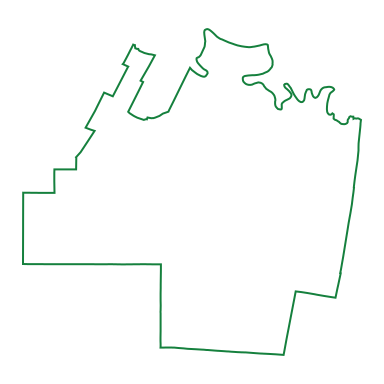 Albesti, Ialomita, Romania
{"feature_id": "2599482B37276216351918", "entity_name": "Albesti", "entity_type": "district", "adm_level": 2, "iso_a3": "ROU", "parent_name": "Romania", "parent_adm1": "Ialomita", "projection": "natural_earth1", "projection_center": [27.12, 44.529], "detail": "fine", "context": "isolated", "style": "outline", "palette": "green", "viewbox_px": 384, "rotation_deg": 0, "n_neighbors": 0, "source": "geoboundaries", "source_scale": "gbopen_adm2", "svg_char_len": 5421}
<svg xmlns="http://www.w3.org/2000/svg" viewBox="0 0 384 384"><path d="M335.5,297.7L337.5,288.1L338.1,285.5L340.7,273.3L340.2,273.2L341.0,269.3L341.9,264.1L343.2,256.7L347.3,231.4L348.6,223.2L349.3,219.3L350.4,213.3L351.4,207.3L351.9,204.3L352.7,197.6L353.4,192.6L354.0,187.6L353.8,187.5L354.5,181.4L355.3,175.3L356.4,167.9L357.5,160.6L358.5,150.5L358.5,147.1L358.6,143.3L360.0,129.9L360.3,127.0L360.5,124.5L360.5,123.6L360.6,122.8L360.7,121.8L361.0,119.9L360.6,119.6L360.1,119.4L359.2,118.8L358.2,118.4L357.3,118.4L356.2,118.6L355.0,118.3L354.4,118.3L353.5,118.8L353.3,116.7L352.4,116.7L351.7,116.6L351.2,116.5L350.8,116.4L350.5,116.3L350.4,116.4L349.9,116.6L349.3,117.1L349.1,117.7L348.9,118.3L348.1,119.3L347.8,119.8L347.7,120.4L347.7,121.2L347.7,122.0L347.4,122.6L347.2,123.0L346.5,123.5L345.4,124.0L344.2,124.2L341.9,124.0L341.0,123.7L340.1,123.0L339.3,122.2L339.1,121.9L338.5,121.6L338.0,121.3L336.4,120.2L335.5,120.0L334.7,119.6L333.6,118.6L333.8,114.7L333.7,114.3L332.4,113.4L332.2,113.7L330.8,114.7L329.2,114.6L327.9,113.4L327.2,111.9L326.9,109.2L327.0,106.5L327.3,103.3L327.9,100.4L329.5,94.5L330.6,92.8L332.8,91.2L333.8,90.2L334.2,89.6L333.8,88.7L332.7,87.7L331.3,87.1L330.2,86.9L329.1,86.8L327.8,86.9L326.0,87.2L324.8,87.3L323.7,87.6L322.6,88.2L321.5,89.2L320.7,90.2L320.2,91.2L318.8,94.7L318.2,95.7L317.5,96.6L316.6,97.4L315.2,97.9L313.8,97.1L313.0,96.1L312.5,94.9L311.8,93.0L311.5,91.2L311.2,90.2L310.7,89.6L310.0,89.3L308.8,89.2L307.6,89.4L306.8,89.9L306.5,90.7L305.8,92.2L305.1,94.2L304.7,97.0L304.6,98.0L304.4,99.1L304.1,100.3L303.5,101.0L303.0,101.6L302.3,102.0L301.6,102.1L300.7,102.0L299.2,101.2L298.2,100.3L297.3,99.3L295.1,96.2L294.1,94.6L293.3,93.1L291.6,89.7L290.7,87.9L289.8,86.8L288.7,85.2L287.5,83.9L286.5,83.7L285.0,84.0L284.2,84.8L284.3,85.9L284.8,87.0L285.6,88.0L287.0,89.1L289.1,91.1L290.7,93.1L291.4,94.4L291.4,95.7L291.0,96.7L289.9,98.2L289.3,98.6L287.2,99.7L285.7,100.4L284.5,101.1L282.3,103.0L281.7,104.2L281.8,108.1L281.6,109.0L280.9,109.5L279.9,109.4L278.0,109.0L277.0,108.0L275.9,106.7L275.4,105.6L275.1,103.9L275.1,101.7L275.4,100.3L275.3,98.9L275.0,97.8L274.6,96.3L274.1,95.2L273.0,93.7L272.1,92.7L270.8,91.7L269.3,90.9L266.1,88.7L265.4,87.7L264.2,86.3L263.6,85.1L262.8,84.1L261.9,83.4L260.7,82.8L258.4,82.4L254.5,83.5L252.1,84.6L250.4,84.9L248.9,84.9L247.2,84.5L246.0,84.0L244.8,83.1L243.4,81.6L243.0,80.5L242.8,79.1L242.8,77.9L243.2,77.0L244.0,76.4L244.9,76.0L248.2,75.5L252.4,75.2L254.3,75.2L256.7,75.0L258.7,74.7L262.9,73.7L264.7,72.8L267.3,71.7L268.5,70.9L270.3,69.0L270.7,68.3L271.4,67.7L271.8,67.1L272.0,66.5L272.3,65.7L272.6,64.6L272.5,63.7L272.6,62.7L272.6,61.8L272.5,60.4L271.9,58.6L270.7,56.0L269.7,54.4L269.0,52.8L268.2,48.8L267.9,45.7L267.8,45.0L267.2,44.5L266.3,44.3L265.4,44.2L263.7,44.4L261.7,44.9L259.7,45.5L254.4,46.6L252.7,46.8L250.8,47.1L249.0,47.2L245.1,46.8L241.7,46.3L237.5,45.4L234.4,44.4L233.1,43.9L230.1,42.9L228.7,42.4L224.6,40.6L222.2,39.5L220.4,38.9L219.2,38.2L217.0,36.7L214.0,33.7L212.6,32.4L211.1,31.1L209.4,29.8L207.7,29.1L206.6,29.2L205.6,29.6L204.8,30.1L204.4,31.0L204.2,32.4L204.4,35.0L205.3,41.3L205.0,43.0L204.9,44.6L204.6,46.6L204.0,48.0L203.3,49.5L201.6,53.2L200.6,55.3L199.7,56.3L198.7,57.2L197.7,57.5L196.7,58.1L196.5,58.9L196.6,60.0L197.0,61.4L197.4,62.2L198.0,63.1L199.1,64.4L199.8,65.2L201.5,67.0L202.9,68.4L204.2,69.4L205.8,70.2L206.6,70.8L207.3,71.6L207.5,72.2L207.6,73.3L207.1,74.2L206.5,75.0L205.8,76.0L204.6,76.7L203.3,76.7L201.0,76.0L197.3,74.1L195.5,72.8L191.9,70.0L190.0,67.8L189.4,69.0L188.6,70.6L185.7,76.4L173.3,101.7L169.1,110.1L168.4,111.7L162.9,113.6L159.5,115.9L155.2,117.6L153.5,118.1L151.2,118.2L147.5,117.5L146.9,119.3L146.3,119.1L143.8,119.9L137.3,117.7L134.7,116.4L133.6,115.8L129.6,113.2L128.2,111.8L138.7,90.9L143.1,82.0L140.6,80.7L149.0,66.2L154.9,55.3L151.3,54.4L149.0,54.2L144.4,53.0L141.5,51.7L140.2,51.2L139.0,50.4L138.2,49.1L138.2,48.9L136.5,48.8L136.1,48.5L135.3,48.3L135.2,47.6L135.0,46.7L134.9,46.0L134.9,45.2L134.6,45.2L133.6,44.7L133.2,44.6L133.0,45.2L132.6,45.9L132.1,46.8L131.2,48.7L130.8,49.3L128.2,54.5L126.0,58.7L123.4,63.5L122.8,64.1L123.0,64.2L128.2,66.6L128.0,66.9L116.9,88.4L112.8,96.3L104.1,92.6L96.8,107.3L95.1,110.8L85.6,127.7L90.3,129.5L94.6,130.9L87.6,141.6L80.6,152.2L76.0,157.3L76.3,157.7L76.1,169.4L54.4,169.4L54.3,173.0L54.3,181.5L54.5,192.9L44.6,192.9L23.2,192.7L23.1,223.4L23.1,229.9L23.0,264.0L27.1,264.1L32.2,264.1L39.4,264.1L45.5,264.2L49.8,264.2L51.7,264.2L54.7,264.2L61.7,264.2L74.7,264.2L82.8,264.2L91.0,264.2L101.0,264.3L111.1,264.2L116.7,264.3L122.5,264.4L132.5,264.3L143.8,264.2L151.5,264.3L160.9,264.3L160.9,269.8L160.8,277.1L160.7,284.3L160.7,287.9L160.6,293.2L160.6,300.9L160.7,305.5L160.6,310.5L160.5,311.9L160.6,313.4L160.6,317.5L160.6,322.2L160.6,324.0L160.6,331.0L160.5,337.9L160.5,339.2L160.5,341.1L160.6,344.0L160.6,346.1L160.6,346.3L160.5,347.6L162.7,347.6L168.1,347.5L174.3,347.6L178.4,348.0L183.8,348.4L187.4,348.8L191.2,349.0L195.1,349.2L201.7,349.6L203.7,349.7L206.8,350.0L207.0,350.0L207.7,350.0L213.9,350.5L217.7,350.8L218.1,350.8L222.7,351.1L224.1,351.2L226.7,351.4L229.0,351.5L231.0,351.7L234.3,351.9L237.1,352.1L241.2,352.3L242.2,352.3L244.1,352.4L245.3,352.4L246.9,352.5L250.7,352.8L258.6,353.4L260.2,353.5L268.5,353.9L275.6,354.3L283.6,354.9L284.3,351.3L286.6,338.7L288.6,328.4L291.9,311.2L294.3,298.8L295.7,291.4L301.5,292.1L307.3,293.0L314.9,294.3L316.8,294.7L323.8,295.9L332.0,297.2L335.5,297.7Z" fill="none" stroke="#15803d" stroke-width="2"/></svg>